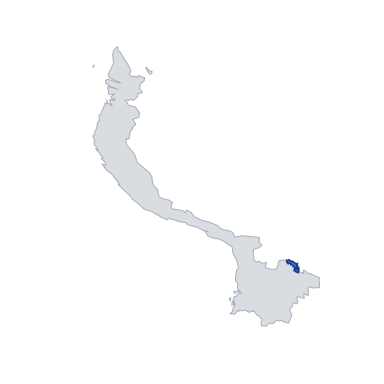 location of Dien Bien, Điện Biên, Vietnam, rotated 147°
{"feature_id": "81297802B1284717956892", "entity_name": "Dien Bien", "entity_type": "district", "adm_level": 2, "iso_a3": "VNM", "parent_name": "Vietnam", "parent_adm1": "Điện Biên", "projection": "equal_earth", "projection_center": [103.057, 21.255], "detail": "fine", "context": "in_parent", "style": "filled", "palette": "blue", "viewbox_px": 384, "rotation_deg": 147, "n_neighbors": 0, "source": "geoboundaries", "source_scale": "gbopen_adm2", "svg_char_len": 6660}
<svg xmlns="http://www.w3.org/2000/svg" viewBox="0 0 384 384"><g transform="rotate(147 192 192)"><path d="M226.1,69.3L223.5,69.5L220.7,72.3L217.1,74.1L216.2,79.1L213.2,81.4L211.7,80.3L208.7,81.4L205.4,80.3L206.6,86.0L203.3,90.6L203.7,93.5L202.8,95.7L197.2,102.2L195.5,102.3L194.2,103.3L191.5,111.0L191.2,117.4L190.0,121.0L188.7,122.6L188.5,124.5L192.9,134.7L195.8,138.8L198.6,140.8L202.9,146.9L202.3,148.4L202.6,151.8L200.6,150.8L200.8,151.2L203.2,153.1L206.8,159.6L213.2,166.4L214.2,169.9L220.3,175.5L220.1,176.2L224.5,180.7L225.0,182.5L228.2,182.3L231.2,187.6L232.1,187.6L232.5,189.9L237.3,198.8L241.4,203.3L243.4,211.6L245.8,218.0L245.9,221.6L249.6,237.0L249.4,239.0L248.7,237.0L248.8,242.9L249.4,246.0L249.2,249.8L251.8,256.9L252.2,264.8L250.4,261.5L248.5,263.8L249.9,269.5L248.3,268.9L248.5,276.6L249.2,279.2L249.1,280.2L248.2,278.2L247.6,281.8L248.3,284.3L247.2,287.0L245.7,287.2L244.8,292.9L242.1,293.4L240.1,296.0L237.7,297.0L233.1,301.9L230.2,302.7L228.6,306.7L226.0,307.1L216.4,313.8L215.3,312.2L213.5,311.6L212.2,308.0L211.2,313.8L210.5,314.2L209.0,313.1L207.6,310.8L205.5,312.4L207.8,312.8L208.4,314.3L208.1,316.1L203.2,316.1L207.6,318.4L208.6,320.1L206.5,322.9L206.4,324.9L205.4,325.9L203.0,324.1L197.8,317.8L204.0,326.7L205.1,330.7L203.6,332.6L201.8,332.6L199.0,330.0L194.3,323.6L192.7,322.7L198.2,331.8L199.0,333.8L198.4,336.2L187.3,343.0L184.4,349.5L180.9,353.3L177.2,354.4L175.2,354.1L177.3,350.7L176.0,349.5L176.4,331.5L177.4,326.8L180.5,324.9L180.5,323.9L179.4,321.2L176.9,320.2L175.7,318.2L173.4,318.9L169.5,313.6L171.7,311.2L176.5,310.8L179.7,307.1L179.3,302.9L179.7,302.4L184.1,303.9L185.6,301.5L191.4,300.7L193.1,303.5L194.5,303.0L197.1,304.9L198.2,305.0L197.7,302.2L198.1,299.6L193.1,293.9L193.0,286.3L194.2,285.9L195.5,283.6L202.0,285.1L202.2,279.3L207.0,278.6L208.0,277.0L210.8,276.5L215.4,271.4L217.3,271.1L218.4,272.4L220.2,270.1L221.0,266.2L219.6,255.3L221.7,246.3L217.1,231.0L217.6,225.6L219.0,223.8L220.4,219.4L220.2,214.5L219.4,212.1L220.6,210.4L222.2,206.0L220.7,203.0L216.0,198.0L214.1,194.0L217.8,190.7L217.9,188.7L210.2,181.8L208.9,178.3L207.0,179.7L205.7,178.8L203.9,175.3L203.1,168.6L201.8,167.6L199.3,162.9L194.9,158.5L189.7,151.4L188.7,149.3L188.0,146.0L185.9,142.3L183.9,141.5L180.3,136.8L179.8,134.8L180.8,131.4L178.3,129.7L173.8,128.1L160.3,117.2L163.1,113.3L162.3,109.7L162.6,109.1L166.3,108.9L171.6,110.3L174.1,107.3L175.3,104.1L177.1,101.6L177.1,100.2L175.8,97.6L173.4,97.5L172.1,93.9L168.0,92.4L170.7,89.9L171.5,87.9L167.7,84.2L163.7,81.5L160.1,83.3L157.4,86.4L156.1,86.9L147.5,82.6L143.4,74.5L145.0,67.9L145.0,65.5L143.4,64.4L142.9,62.8L141.6,65.6L140.4,65.6L139.1,60.7L137.6,59.5L131.8,50.4L133.6,48.6L136.3,43.3L137.3,42.4L143.1,45.9L145.6,48.9L148.0,46.9L148.1,45.8L151.1,42.0L153.8,45.9L155.8,41.7L161.0,47.0L161.8,46.0L162.8,42.4L164.2,41.4L165.3,41.2L166.7,43.3L167.9,43.4L170.4,41.3L173.0,40.9L174.7,39.0L175.2,34.9L175.8,34.1L182.3,29.6L185.0,32.0L186.8,35.5L189.1,36.4L191.5,38.7L193.4,38.4L194.0,37.6L196.4,37.7L198.5,40.1L202.7,39.0L206.6,41.8L205.4,44.9L203.5,46.2L203.0,47.8L203.0,51.2L204.7,53.4L204.9,59.1L205.9,58.6L209.8,60.3L211.3,63.1L213.2,64.7L214.7,64.9L216.0,67.1L217.4,66.4L218.0,67.3L220.7,67.0L222.6,66.1L226.1,69.3ZM163.4,314.0L163.6,317.7L162.7,322.1L161.6,317.3L159.9,314.4L162.2,313.2L163.4,314.0ZM220.2,75.6L217.9,78.3L217.0,78.2L218.1,74.4L220.2,75.6ZM211.1,85.8L210.4,85.9L209.1,84.1L209.8,83.2L211.2,83.8L211.6,84.6L211.1,85.8ZM218.9,81.9L218.0,82.4L217.0,82.4L219.4,79.5L218.9,81.9ZM207.2,81.8L208.2,84.7L206.8,83.2L207.2,81.8ZM215.3,312.8L213.5,315.2L213.4,314.1L215.3,312.8ZM206.5,351.7L205.1,351.7L206.6,350.3L206.5,351.7Z" fill="#d9dde1" stroke="#a8b0b8" stroke-width="1"/><path d="M147.5,67.0L147.3,67.0L147.2,67.1L147.1,67.4L147.0,67.5L146.9,67.6L146.8,67.4L146.7,67.2L146.4,67.0L146.4,66.9L146.3,67.0L146.2,67.1L146.1,67.3L146.0,67.5L145.8,67.5L145.7,67.5L145.5,67.9L145.4,68.0L145.2,68.3L145.2,68.5L144.9,68.9L144.7,68.9L144.8,69.1L144.7,69.1L144.5,69.3L144.4,69.4L144.5,69.5L144.4,69.7L144.4,69.8L144.3,70.0L144.3,69.9L144.1,69.9L144.0,70.0L144.0,70.3L144.0,70.5L143.9,70.6L143.9,70.8L143.7,71.0L143.8,71.1L144.1,71.0L144.1,70.9L144.3,70.9L144.5,70.8L144.4,70.7L144.5,70.7L144.6,70.4L144.8,70.3L144.8,70.6L144.7,70.6L144.7,70.8L144.6,71.2L144.5,71.4L144.4,71.6L144.4,71.8L144.2,71.9L144.2,72.1L144.1,72.3L144.1,72.5L144.1,72.8L144.1,73.1L144.2,73.4L144.2,73.5L144.0,73.8L143.9,73.7L143.8,73.8L143.6,73.8L143.4,74.0L143.3,73.9L143.3,74.0L143.2,74.1L142.9,74.4L142.9,74.5L142.7,74.6L142.9,74.7L142.8,74.8L143.0,74.9L143.0,75.0L143.0,74.9L143.3,74.9L143.5,74.8L143.6,74.7L143.8,74.8L144.1,74.9L144.2,75.1L144.3,75.2L144.4,75.3L144.4,75.5L144.4,75.8L144.4,76.0L144.4,76.4L144.4,76.5L144.5,76.8L144.8,76.8L144.9,77.0L145.0,77.2L145.0,77.3L144.9,77.4L144.9,77.5L145.0,77.6L145.1,77.8L145.3,78.1L145.3,78.4L145.2,78.5L145.3,78.6L145.4,78.9L145.5,78.8L145.8,78.9L145.9,79.0L146.0,78.9L146.2,79.0L146.3,79.0L146.5,79.2L146.5,79.3L146.5,79.5L146.7,79.9L146.8,80.0L146.8,80.3L147.0,80.5L147.1,80.9L147.2,81.2L147.2,81.5L147.3,81.6L147.5,81.7L147.5,81.8L147.5,82.0L147.6,82.3L147.7,82.5L147.8,82.5L147.8,82.4L147.9,82.2L148.0,82.3L148.3,82.4L148.5,82.2L148.7,82.3L148.8,82.3L149.0,82.3L149.3,82.4L149.3,82.5L149.5,82.5L149.8,82.6L150.1,82.5L150.2,82.4L150.3,82.4L150.3,82.5L150.4,82.4L150.5,82.3L150.3,82.0L150.3,81.9L150.3,81.6L150.5,81.4L150.6,81.5L150.7,81.4L150.6,81.2L150.7,80.8L150.6,80.4L150.4,80.3L150.5,80.3L150.4,80.3L150.4,80.2L150.5,80.1L150.4,80.0L150.6,79.9L150.6,79.7L150.4,79.5L150.4,79.4L150.2,79.4L150.1,79.5L149.7,79.5L149.5,79.4L149.4,79.3L149.1,79.4L148.9,79.5L148.7,79.5L148.4,79.6L148.2,79.6L148.1,79.4L148.3,79.1L148.4,78.9L148.5,78.8L148.6,78.7L148.5,78.4L148.4,78.3L148.5,78.1L148.4,78.0L148.4,77.8L148.5,77.7L148.8,77.3L148.7,77.0L148.4,76.9L148.1,76.8L147.9,76.8L147.7,76.5L147.7,76.3L147.6,76.1L147.5,75.9L147.4,75.5L147.3,75.1L147.5,75.0L147.7,74.8L147.8,74.7L147.8,74.4L147.7,74.1L147.4,73.8L147.1,73.7L147.0,73.2L147.1,72.9L147.0,72.7L146.9,72.2L146.8,72.3L146.7,72.2L146.3,72.3L146.2,72.3L145.9,72.3L146.0,72.2L145.9,72.0L145.9,71.8L145.7,71.6L145.7,71.4L145.8,71.4L145.9,71.1L146.0,71.3L146.3,71.3L146.3,71.2L146.2,71.1L146.3,70.9L146.3,70.7L146.5,70.3L146.6,70.5L146.8,70.8L147.2,70.8L147.2,71.0L147.3,71.2L147.2,71.4L147.2,71.5L147.3,71.7L147.3,72.0L147.5,72.0L147.6,71.8L147.7,71.7L147.8,71.7L148.1,71.4L148.2,71.5L148.3,71.5L148.5,71.3L148.6,71.2L148.8,71.0L148.9,70.8L148.8,70.6L148.7,70.4L148.7,70.1L148.8,70.1L148.7,70.0L148.7,69.8L148.6,69.6L148.6,69.3L148.6,69.2L148.6,68.9L148.4,68.8L148.4,68.6L148.3,68.4L148.1,68.2L147.8,67.9L147.7,67.6L147.6,67.3L147.6,67.2L147.5,67.0Z" fill="#3b82f6" stroke="#1e3a8a" stroke-width="1.5"/></g></svg>